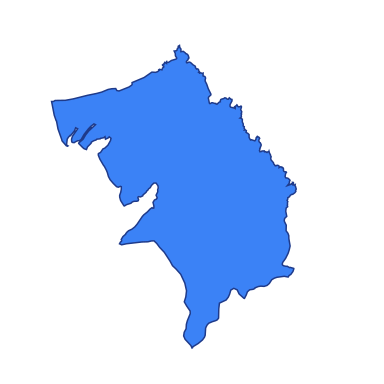 outline of Paser, Kalimantan Timur, Indonesia, rotated 155°
{"feature_id": "22746128B17746000623405", "entity_name": "Paser", "entity_type": "district", "adm_level": 2, "iso_a3": "IDN", "parent_name": "Indonesia", "parent_adm1": "Kalimantan Timur", "projection": "orthographic", "projection_center": [116.052, -1.688], "detail": "fine", "context": "isolated", "style": "filled", "palette": "blue", "viewbox_px": 384, "rotation_deg": 155, "n_neighbors": 0, "source": "geoboundaries", "source_scale": "gbopen_adm2", "svg_char_len": 6075}
<svg xmlns="http://www.w3.org/2000/svg" viewBox="0 0 384 384"><g transform="rotate(155 192 192)"><path d="M141.4,330.1L142.9,329.9L143.5,328.5L144.5,328.3L145.7,326.9L146.7,326.7L148.6,327.3L148.6,324.7L149.5,322.4L149.2,320.1L149.4,319.6L150.3,319.2L155.1,319.9L158.4,319.4L159.5,319.8L159.9,320.3L159.8,320.9L160.3,320.7L160.8,319.3L162.0,321.0L163.4,319.7L163.7,320.0L165.1,319.6L165.1,318.8L164.4,318.1L164.9,317.1L166.3,316.8L167.6,315.4L169.6,316.9L170.1,316.3L170.5,316.6L170.6,316.1L172.1,315.6L174.4,315.8L177.7,317.6L187.0,316.0L200.1,316.5L200.7,314.9L201.6,314.3L204.7,313.8L215.5,314.4L217.3,315.8L217.4,318.0L221.1,319.5L224.7,320.4L231.6,320.7L236.7,321.6L245.9,323.8L260.4,326.6L268.0,328.6L277.4,332.8L279.3,332.6L281.0,333.4L284.4,319.8L285.0,314.0L284.8,313.6L286.8,305.8L287.9,294.5L288.2,293.5L288.6,293.5L288.2,293.3L286.4,287.1L285.5,286.1L284.9,286.2L285.5,287.0L285.6,288.1L282.7,292.7L280.8,293.9L278.5,294.8L278.3,294.4L272.5,297.2L270.3,299.4L268.9,297.6L276.7,293.1L278.8,290.9L279.6,289.0L279.7,287.8L279.0,287.1L277.8,286.5L276.0,286.8L273.7,286.7L272.7,286.1L270.3,286.4L265.5,289.8L259.2,293.0L255.9,294.3L251.5,295.3L251.9,295.0L251.0,293.8L259.7,291.0L264.4,288.6L268.3,285.9L274.0,284.3L274.2,283.9L272.3,278.5L271.5,276.8L269.7,275.1L267.6,277.1L262.9,278.8L262.2,279.7L259.4,280.0L257.0,279.7L255.9,280.1L252.7,279.0L252.3,279.3L249.1,278.5L247.5,278.9L248.1,276.4L245.1,276.4L243.7,277.0L242.7,274.9L244.2,273.0L248.5,269.9L252.6,268.6L254.5,268.7L258.2,266.5L260.4,266.4L260.9,266.1L261.4,264.7L261.6,260.6L260.9,253.3L260.6,252.4L260.4,248.3L260.5,245.5L261.2,241.3L261.0,237.7L259.7,233.0L258.1,228.7L256.8,227.5L254.5,227.4L253.8,226.7L254.9,224.4L256.7,221.9L259.0,219.5L259.7,217.9L260.3,214.4L259.5,208.2L259.1,207.9L256.6,208.2L252.1,207.6L250.4,208.2L248.6,208.1L245.8,206.9L244.4,206.8L243.6,207.7L243.5,209.7L242.7,210.4L242.4,210.4L240.7,209.3L238.3,209.3L237.5,210.1L233.8,211.1L232.5,212.1L231.5,212.2L230.0,213.2L228.0,213.6L226.0,215.1L222.8,216.2L220.8,215.3L220.2,212.1L220.9,209.9L222.1,208.7L223.0,206.6L225.9,204.3L226.0,201.4L227.5,200.5L228.6,200.7L229.6,200.5L231.7,199.1L232.5,195.3L233.4,193.6L234.4,193.8L234.8,194.7L237.1,194.3L240.8,192.8L245.3,191.7L247.4,190.8L255.4,186.0L258.7,184.5L262.2,183.7L265.9,183.7L267.9,183.1L269.7,182.2L269.9,181.8L273.4,180.8L276.2,178.9L276.2,178.0L276.8,177.1L278.0,176.9L279.6,175.7L278.1,173.9L273.3,172.8L258.6,167.9L253.0,165.5L249.5,164.8L247.1,163.8L245.7,160.3L244.7,155.4L242.6,149.1L241.1,138.6L240.8,133.4L239.1,129.2L237.0,122.2L237.0,112.5L238.7,104.8L241.9,99.6L245.4,95.7L245.0,90.9L244.0,84.9L245.0,82.5L250.6,77.3L253.0,74.5L255.1,70.6L258.3,68.2L260.4,65.1L260.5,61.4L257.9,53.4L257.9,50.6L257.3,50.7L257.3,51.3L250.3,52.1L245.0,53.5L242.1,55.1L240.6,56.6L237.1,63.0L234.8,64.9L232.4,66.0L228.6,65.9L224.8,65.4L223.0,65.5L221.2,66.5L217.1,74.8L214.1,79.7L206.7,79.7L203.5,81.4L201.1,83.5L198.3,86.7L194.8,87.0L192.4,84.2L192.4,79.7L189.9,73.8L189.4,73.4L186.3,75.8L184.0,78.1L181.1,79.0L177.8,78.0L175.9,78.0L175.5,78.5L171.9,78.3L169.4,77.6L166.6,76.0L163.5,75.6L160.6,76.4L156.8,78.8L153.8,79.1L151.0,78.8L144.0,76.6L140.8,74.3L139.2,75.3L137.3,75.5L134.1,77.3L132.1,79.4L132.1,79.8L134.9,82.2L135.6,82.3L137.1,84.5L138.2,84.9L140.0,86.3L140.8,87.5L140.7,88.5L139.6,89.8L135.2,92.3L130.8,95.8L128.3,98.5L125.9,101.6L123.9,108.9L122.7,111.6L122.5,114.0L123.1,117.1L120.6,122.1L120.7,126.1L120.4,127.3L119.2,128.9L116.4,129.9L115.2,134.9L113.6,137.4L113.1,137.9L111.6,138.2L111.3,138.7L111.3,139.7L110.5,140.6L110.2,141.8L109.2,142.8L109.4,144.2L108.1,145.2L107.6,146.4L105.6,146.5L104.5,147.4L102.5,147.7L101.8,147.3L99.0,147.9L97.6,148.7L97.6,149.5L96.3,150.6L95.8,153.4L96.0,154.3L95.4,155.1L96.4,155.1L97.5,155.8L96.2,157.1L96.2,157.9L96.7,158.2L96.7,157.6L97.6,157.6L98.0,157.0L98.6,157.5L98.9,157.1L102.9,157.5L100.2,158.8L99.2,160.4L98.3,161.0L98.3,161.9L99.3,164.0L101.1,165.3L101.1,166.7L99.4,169.1L98.1,169.9L98.3,170.6L99.4,171.1L100.0,171.9L100.0,173.0L99.3,174.3L99.3,175.5L100.1,176.0L99.9,176.5L101.0,177.4L102.7,177.3L102.3,177.9L102.2,179.0L102.9,179.9L103.7,180.3L105.0,180.3L105.7,180.9L105.6,181.6L106.1,183.0L105.8,184.1L106.8,187.9L106.3,189.6L105.4,190.4L105.5,191.6L105.2,192.2L105.3,194.8L105.0,196.4L105.3,196.1L106.8,196.4L107.2,196.1L107.7,196.4L108.1,197.4L109.3,197.8L109.1,198.7L111.3,199.6L112.5,199.4L112.8,199.8L113.4,199.8L113.4,201.0L112.4,202.1L112.2,202.8L111.4,203.1L111.2,203.7L109.8,204.8L109.3,205.8L109.3,207.7L109.8,208.5L109.9,210.0L109.0,211.4L108.0,212.0L108.1,213.1L109.2,214.7L109.6,214.2L110.1,214.5L111.0,214.0L111.8,212.7L113.4,211.8L116.1,214.3L116.9,214.3L117.1,214.8L117.2,217.3L116.0,219.9L116.5,221.3L117.8,223.2L116.8,224.6L117.3,225.6L118.3,226.0L117.6,226.4L117.8,227.9L117.0,229.1L117.7,230.2L116.8,232.0L116.8,234.2L115.6,236.7L116.5,238.2L117.2,238.7L115.5,239.1L114.9,240.9L114.1,241.7L114.3,242.3L113.0,243.6L113.1,246.0L111.2,248.2L111.1,248.8L111.3,249.2L112.6,249.1L113.9,249.6L114.5,250.8L114.3,251.4L114.5,252.0L115.2,251.6L117.3,251.3L117.0,250.4L117.6,249.4L118.0,250.1L121.2,252.6L121.3,253.7L120.5,255.2L117.3,257.6L116.7,258.7L116.7,259.1L117.4,259.4L118.4,261.6L119.9,260.7L120.8,261.2L121.4,262.6L122.4,263.5L123.9,263.3L126.2,263.7L126.9,263.6L128.1,262.4L128.2,261.8L129.5,261.9L132.3,261.0L133.0,261.6L133.0,262.2L134.0,262.7L135.8,264.3L136.7,264.6L137.8,264.4L138.5,264.6L138.7,265.2L137.5,270.3L136.6,271.1L133.9,272.0L133.5,272.7L133.6,278.8L133.1,283.5L133.2,286.8L132.7,288.1L131.6,289.4L131.4,290.5L131.6,291.3L132.9,292.5L131.7,295.1L132.5,295.1L133.6,296.2L134.9,296.5L134.7,297.0L135.2,297.5L134.4,297.6L134.7,299.0L134.4,299.7L134.5,300.7L135.3,301.5L135.9,301.5L136.3,303.3L135.9,304.3L136.0,304.9L137.2,306.6L138.6,310.0L139.7,311.0L141.9,311.1L142.3,311.5L142.1,312.4L141.6,312.9L139.8,313.5L139.2,314.3L138.5,314.4L138.4,315.0L138.0,315.2L137.7,317.6L138.3,319.3L139.2,320.1L139.2,320.7L140.4,323.1L142.8,323.9L141.6,326.2L142.0,328.2L141.4,330.1ZM261.8,291.3L270.6,285.5L255.5,293.7L261.8,291.3Z" fill="#3b82f6" stroke="#1e3a8a" stroke-width="1.5"/></g></svg>